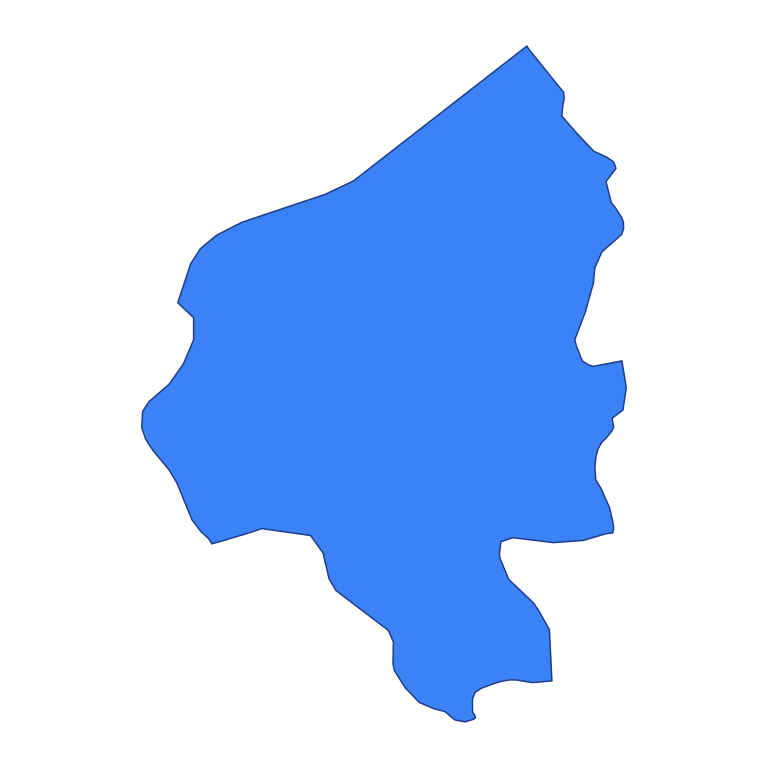 SVG path tracing the border of Copán
{"feature_id": "HND-651", "entity_name": "Copán", "entity_type": "Department", "adm_level": 1, "iso_a3": "HND", "parent_name": "Honduras", "parent_adm1": "", "projection": "orthographic", "projection_center": [-88.847, 14.9], "detail": "fine", "context": "isolated", "style": "filled", "palette": "blue", "viewbox_px": 768, "rotation_deg": 0, "n_neighbors": 0, "source": "natural_earth", "source_scale": "10m", "svg_char_len": 1508}
<svg xmlns="http://www.w3.org/2000/svg" viewBox="0 0 768 768"><path d="M211.8,239.2L217.1,234.9L242.1,222.2L325.0,194.4L353.5,180.9L456.6,100.7L526.8,46.1L529.2,49.7L563.6,92.3L564.1,99.0L563.0,104.4L561.8,116.0L576.7,133.2L593.6,151.1L606.9,157.3L613.5,161.9L615.1,165.5L615.9,168.5L606.0,181.6L611.3,202.8L614.9,207.1L621.5,217.3L623.4,222.2L623.6,228.4L621.8,234.4L601.9,251.9L594.8,267.9L593.4,283.1L585.3,312.1L574.8,339.8L576.7,347.3L578.6,351.3L580.4,356.6L582.8,361.3L588.2,364.7L593.1,366.4L621.9,360.9L626.3,387.6L623.0,410.0L612.1,418.1L613.6,427.1L611.9,430.9L606.0,438.2L601.6,442.5L598.1,448.9L596.1,455.9L594.9,467.0L595.7,479.6L601.2,488.9L609.6,507.8L613.1,523.1L613.6,527.9L612.8,532.9L606.4,533.6L583.3,540.4L553.7,542.6L512.9,537.7L500.9,541.7L499.4,554.3L499.8,557.8L508.7,579.4L533.7,603.2L539.6,612.1L549.4,629.8L551.9,680.9L532.4,682.6L516.5,680.0L509.9,679.9L502.4,681.1L494.6,683.3L481.1,688.4L475.1,692.4L472.4,699.0L472.5,709.1L472.8,712.5L474.7,715.1L475.4,717.9L473.2,719.4L464.9,721.9L454.8,719.9L445.0,711.6L433.9,708.7L419.3,702.5L405.1,687.6L394.3,670.4L393.0,664.1L393.4,642.0L388.3,630.4L336.0,590.6L329.0,578.6L323.1,553.1L310.6,535.5L261.6,528.6L250.9,532.3L224.4,540.3L212.0,543.8L208.5,538.4L201.0,531.7L192.2,520.2L176.8,482.8L169.1,470.0L152.7,450.1L145.6,439.1L141.7,427.4L142.6,411.5L149.0,401.6L169.3,384.0L177.1,372.9L183.4,363.9L193.6,339.9L193.6,317.7L177.8,302.7L190.7,263.7L200.5,248.5L211.8,239.2Z" fill="#3b82f6" stroke="#1e3a8a" stroke-width="1.5"/></svg>